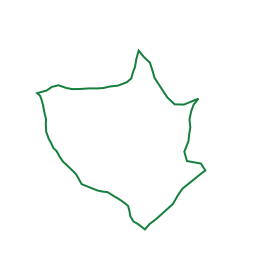 Knodara, Cyprus (Albers equal-area conic projection), rotated 138°
{"feature_id": "46923920B61069170158691", "entity_name": "Knodara", "entity_type": "district", "adm_level": 2, "iso_a3": "CYP", "parent_name": "Cyprus", "parent_adm1": "", "projection": "albers", "projection_center": [33.657, 35.266], "detail": "fine", "context": "isolated", "style": "outline", "palette": "green", "viewbox_px": 256, "rotation_deg": 138, "n_neighbors": 0, "source": "geoboundaries", "source_scale": "gbopen_adm2", "svg_char_len": 1060}
<svg xmlns="http://www.w3.org/2000/svg" viewBox="0 0 256 256"><g transform="rotate(138 128 128)"><path d="M183.3,41.3L176.5,42.2L167.8,41.5L160.4,41.5L153.5,41.5L145.5,41.5L135.5,44.7L128.1,46.5L117.5,45.9L106.3,45.3L98.9,44.7L97.6,52.8L106.3,64.0L102.0,72.7L92.0,77.7L86.4,82.7L81.5,86.5L76.5,93.3L69.6,98.3L63.4,101.5L56.0,102.7L70.8,108.0L77.5,114.4L78.3,124.4L76.3,137.6L74.7,147.6L71.5,154.0L68.0,161.9L68.7,170.3L68.3,178.3L71.9,176.1L75.9,173.5L81.9,168.7L87.4,165.9L92.2,162.7L98.2,162.8L107.3,166.3L113.3,170.7L119.7,174.3L125.2,178.7L130.4,183.5L137.6,189.1L143.5,194.3L147.1,199.1L151.1,206.3L157.1,209.5L163.4,210.3L172.2,214.7L171.8,210.7L173.4,206.7L175.8,201.9L180.2,194.7L182.9,189.5L186.5,185.9L191.3,179.9L194.1,173.1L195.3,167.9L196.9,163.1L196.5,158.8L198.1,152.0L198.8,146.4L198.4,142.0L197.7,132.8L197.6,128.0L200.0,117.2L197.6,112.4L194.9,106.8L192.5,102.0L189.3,97.6L186.1,94.0L184.1,86.8L182.5,82.0L180.9,75.6L180.1,70.0L182.5,65.3L185.3,60.9L186.5,54.9L184.9,50.1L183.3,41.3Z" fill="none" stroke="#15803d" stroke-width="2"/></g></svg>